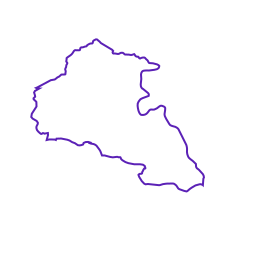 map outline of Bong (Mercator projection), rotated 225°
{"feature_id": "LBR-784", "entity_name": "Bong", "entity_type": "County", "adm_level": 1, "iso_a3": "LBR", "parent_name": "Liberia", "parent_adm1": "", "projection": "mercator", "projection_center": [-9.669, 6.93], "detail": "fine", "context": "isolated", "style": "outline", "palette": "violet", "viewbox_px": 256, "rotation_deg": 225, "n_neighbors": 0, "source": "natural_earth", "source_scale": "10m", "svg_char_len": 4371}
<svg xmlns="http://www.w3.org/2000/svg" viewBox="0 0 256 256"><g transform="rotate(225 128 128)"><path d="M170.5,68.5L171.7,68.0L175.6,64.2L177.0,62.0L179.6,66.5L181.1,67.8L183.1,64.9L183.9,64.7L184.6,64.2L184.9,62.8L185.4,62.3L186.7,62.1L188.9,62.0L190.8,62.2L191.7,62.6L192.9,63.3L193.8,64.4L194.7,67.1L195.5,68.0L197.6,68.4L202.1,67.2L204.2,67.4L206.1,70.1L207.9,78.5L211.2,81.6L212.0,81.7L215.0,81.6L215.8,82.2L215.8,84.5L216.9,85.3L219.5,86.7L220.0,88.4L218.7,93.1L220.2,91.7L221.3,91.4L220.8,92.6L216.4,107.2L214.1,110.5L213.8,112.5L213.7,113.9L213.1,115.5L213.0,116.7L212.9,118.6L212.6,119.0L210.4,121.3L210.4,121.9L211.2,122.8L212.0,123.9L212.5,124.3L213.7,124.9L214.2,125.5L214.5,126.2L214.8,127.2L215.3,127.9L215.7,128.4L216.1,129.0L216.5,130.5L216.8,131.0L217.4,131.2L217.8,131.3L218.4,131.3L218.7,131.4L219.0,131.7L219.7,132.8L220.8,134.0L220.8,135.0L220.1,138.8L220.0,140.2L220.1,141.6L220.7,144.3L220.6,145.3L220.2,145.9L219.2,146.7L218.8,147.2L218.2,147.7L217.7,148.2L217.2,148.9L217.3,149.5L217.7,150.0L218.2,150.9L218.2,151.6L217.9,152.2L217.0,153.1L216.7,153.7L216.4,154.3L216.1,155.0L215.2,156.3L215.2,157.0L215.4,157.8L214.9,159.8L214.6,160.6L214.2,161.3L213.1,162.5L213.1,163.2L214.1,164.8L214.1,165.7L213.4,167.9L212.8,168.5L212.2,168.8L210.9,168.8L209.4,169.0L207.2,168.9L194.5,172.1L193.0,172.0L192.8,171.3L192.4,170.6L191.5,170.2L190.9,170.4L190.5,170.9L189.6,171.7L187.6,173.1L187.0,173.8L186.7,174.5L186.5,175.3L186.2,176.1L185.7,176.7L184.8,177.5L183.8,177.7L182.7,177.7L182.0,177.9L179.4,180.4L177.4,181.8L176.7,182.9L175.9,184.6L175.3,184.6L174.5,184.4L173.4,184.2L172.6,184.5L171.9,184.9L171.4,185.5L170.7,185.6L170.0,185.4L169.1,185.4L168.6,185.7L168.4,186.3L168.2,186.9L167.4,188.2L166.6,189.1L166.2,189.4L165.5,189.6L164.2,189.5L163.7,189.5L162.5,189.6L161.8,189.6L160.3,189.1L159.2,188.9L158.6,189.2L156.1,191.4L152.5,193.5L150.9,194.0L149.8,194.0L149.4,193.5L149.1,193.0L148.9,192.5L148.8,192.0L148.8,191.6L148.9,191.0L149.0,190.5L149.2,189.9L150.5,187.8L153.8,183.5L155.7,181.7L157.3,179.8L157.6,179.3L157.8,178.8L157.9,178.3L157.9,177.8L157.8,177.3L157.6,176.6L157.1,175.7L156.5,174.9L153.3,172.1L149.8,167.8L149.2,167.3L148.5,166.7L147.2,166.1L146.4,166.0L145.7,166.0L145.3,166.2L138.7,166.9L137.7,166.8L137.2,166.5L136.7,166.2L136.1,165.3L138.8,159.4L139.5,157.3L139.5,156.6L139.4,155.7L139.2,154.3L138.9,153.4L138.6,152.7L138.3,152.0L137.8,151.5L136.9,150.5L135.1,149.1L132.9,147.7L131.8,147.2L130.8,146.8L129.5,146.5L128.9,146.5L128.4,146.5L127.9,146.7L127.4,147.1L126.4,148.1L125.8,149.0L125.5,149.5L125.3,150.1L125.1,150.7L125.0,151.4L125.0,152.6L125.4,155.7L125.3,156.2L125.2,156.7L124.8,157.3L122.9,159.1L122.5,159.6L122.1,160.6L121.7,161.7L121.4,162.7L121.2,164.7L120.9,166.2L120.7,166.7L120.2,167.3L119.5,167.8L117.9,168.5L117.0,168.7L116.3,168.6L115.8,168.4L115.4,168.0L114.4,166.9L112.1,163.8L111.6,163.3L110.7,162.7L110.2,162.4L107.2,161.4L101.5,160.0L100.3,159.9L99.8,160.0L98.3,160.6L95.3,162.3L93.5,162.8L92.4,162.9L91.4,162.8L74.9,157.3L73.8,156.7L72.6,155.9L71.5,155.0L69.3,152.7L68.6,152.2L67.7,151.5L65.9,150.6L64.8,150.2L64.0,150.0L61.9,150.1L59.0,150.5L54.6,150.6L52.4,148.7L51.1,148.3L50.4,148.3L49.3,148.5L48.1,148.6L42.3,148.3L40.7,147.7L39.3,146.7L38.9,145.5L34.7,140.6L34.8,140.6L36.7,139.8L37.6,138.8L39.7,135.1L40.8,130.8L41.2,128.5L41.4,125.6L41.5,125.1L41.7,124.6L42.6,124.0L43.9,123.2L48.3,121.1L49.3,120.8L49.8,120.8L53.2,121.5L54.2,121.4L55.2,121.3L56.3,121.0L57.3,120.2L61.5,115.8L63.6,113.0L64.9,110.5L65.5,109.6L74.3,102.5L75.4,101.1L75.8,100.6L77.2,100.1L80.7,100.2L85.4,101.3L87.2,102.1L87.5,102.3L87.5,102.7L87.5,103.1L87.3,103.8L87.0,104.2L86.4,104.8L86.1,105.3L86.0,105.8L86.2,106.2L86.6,106.6L86.9,107.2L87.2,108.6L87.5,109.0L87.8,110.4L87.9,110.7L87.7,111.0L87.4,111.3L87.2,111.6L87.3,111.9L87.6,112.1L88.0,112.3L89.4,113.0L91.5,112.6L93.8,110.9L97.9,106.8L102.9,103.4L105.7,102.1L108.9,101.3L109.6,101.2L110.5,101.2L111.3,101.3L112.0,101.7L112.7,101.9L113.4,101.3L114.0,100.6L114.8,100.3L115.5,99.7L118.0,96.5L120.2,94.9L125.2,92.0L127.0,90.2L131.0,92.0L132.9,92.5L137.7,93.2L138.6,93.1L139.9,92.8L141.0,92.3L143.3,90.7L144.4,90.2L144.4,91.0L146.3,90.0L148.0,88.1L148.8,86.1L148.1,84.6L148.9,82.9L149.9,81.5L151.3,80.4L154.9,79.7L157.5,78.5L160.5,77.8L162.6,76.8L167.8,73.3L171.0,69.9L170.8,69.4L170.7,69.0L170.5,68.5L170.5,68.5Z" fill="none" stroke="#5b21b6" stroke-width="2"/></g></svg>